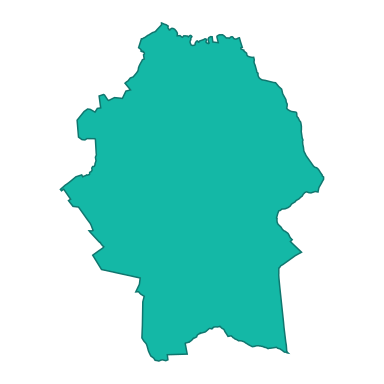 Osorhei, Bihor, Romania
{"feature_id": "2599482B12342041000570", "entity_name": "Osorhei", "entity_type": "district", "adm_level": 2, "iso_a3": "ROU", "parent_name": "Romania", "parent_adm1": "Bihor", "projection": "orthographic", "projection_center": [22.056, 47.025], "detail": "fine", "context": "isolated", "style": "filled", "palette": "teal", "viewbox_px": 384, "rotation_deg": 0, "n_neighbors": 0, "source": "geoboundaries", "source_scale": "gbopen_adm2", "svg_char_len": 5848}
<svg xmlns="http://www.w3.org/2000/svg" viewBox="0 0 384 384"><path d="M288.1,353.0L287.2,352.1L286.7,350.8L286.3,345.2L285.7,341.6L284.0,327.5L283.5,322.0L279.8,287.4L278.9,278.0L278.7,274.7L278.8,273.9L278.8,268.1L279.3,267.9L279.6,267.5L280.7,265.8L282.8,264.6L295.2,255.7L301.5,252.2L290.4,241.6L292.2,239.7L290.7,238.2L289.8,236.9L288.9,234.9L288.2,233.7L287.9,233.3L285.2,231.3L283.8,230.7L283.1,230.0L282.2,229.1L281.1,227.2L278.0,224.2L277.0,221.9L277.1,221.5L276.9,220.0L277.1,218.5L277.0,218.3L276.5,218.0L277.8,213.4L278.8,210.8L280.4,210.4L281.8,209.1L285.2,208.8L288.1,207.6L290.1,206.2L291.6,204.0L295.3,201.7L296.0,200.6L299.1,198.8L300.7,197.2L302.2,196.1L303.2,194.3L304.8,192.6L306.6,191.8L308.9,192.7L311.0,192.9L315.2,191.5L318.0,192.0L318.9,187.6L321.9,182.4L322.1,181.8L323.6,179.3L323.6,177.0L322.2,175.8L322.2,175.0L320.9,173.2L318.8,169.9L318.0,168.9L317.0,168.0L316.5,167.7L314.7,167.2L313.4,166.0L306.0,155.5L305.4,154.1L303.9,151.2L303.4,147.1L302.8,144.4L302.7,143.5L302.7,142.6L302.5,141.9L302.6,141.3L302.9,140.4L302.9,139.8L302.2,138.0L301.3,131.8L301.2,130.9L301.4,130.1L301.4,128.9L301.4,126.3L300.9,123.2L300.6,122.0L300.4,121.6L299.6,120.8L298.1,117.7L297.2,116.8L296.9,116.3L296.7,113.2L296.5,112.7L296.0,112.2L295.1,112.0L291.7,111.5L290.7,111.2L288.1,109.8L287.0,108.7L286.7,108.3L287.1,106.1L287.2,104.6L287.2,104.0L286.9,103.4L286.5,102.7L286.2,101.8L286.0,100.1L285.8,99.4L282.7,93.8L281.9,90.1L281.6,89.1L278.7,86.5L276.0,83.2L275.5,82.7L273.6,82.5L265.3,80.4L262.1,79.9L260.5,79.0L259.2,77.9L258.5,76.7L257.8,74.8L258.1,74.2L258.0,73.3L257.8,72.9L257.0,72.5L256.8,71.9L256.7,71.0L256.2,69.2L255.8,67.8L255.1,65.2L254.5,63.9L253.9,61.9L254.0,61.8L254.2,60.8L254.2,59.2L253.9,58.3L253.7,57.3L252.0,57.4L249.3,56.8L247.5,56.0L246.9,55.0L246.6,53.2L245.2,52.0L244.6,51.7L243.8,50.8L243.9,50.2L241.5,49.3L240.9,48.9L240.9,48.2L241.1,47.5L242.3,47.4L240.5,41.8L239.4,37.8L238.4,38.0L236.7,38.9L235.4,39.1L233.9,38.6L233.0,37.3L232.4,36.8L231.9,36.7L231.0,36.9L230.4,37.2L229.6,38.1L229.3,38.3L228.2,37.9L226.3,38.0L224.2,35.9L222.6,34.8L221.7,34.7L221.2,34.9L219.9,34.7L218.6,35.1L217.0,36.2L216.9,37.0L218.3,42.7L212.9,42.0L212.5,39.6L212.2,36.8L210.7,36.6L208.9,37.6L208.3,38.6L208.1,39.4L208.6,42.0L209.1,42.9L208.9,43.4L208.5,43.6L207.7,43.3L207.2,43.3L206.7,42.7L206.2,42.4L205.9,42.0L205.9,41.7L206.4,40.6L206.4,39.6L206.0,39.0L205.2,38.8L204.7,38.9L203.6,39.6L199.6,41.0L199.3,41.2L198.8,42.2L198.3,42.1L197.9,41.4L197.3,40.9L196.9,41.0L196.4,41.3L195.5,42.6L195.1,43.6L195.2,44.2L195.0,44.8L194.4,45.2L192.6,45.5L191.4,45.1L191.0,44.8L190.4,43.3L190.0,42.2L190.1,41.2L190.8,39.8L190.8,38.9L190.7,38.5L191.0,38.0L191.9,36.7L191.6,36.4L191.6,36.2L191.0,35.6L190.5,35.4L189.8,35.6L188.3,36.9L187.5,36.1L185.0,35.8L184.4,35.9L183.8,35.8L182.5,37.3L181.7,37.0L180.0,35.6L177.2,35.8L177.4,33.4L177.1,32.6L176.4,31.3L174.7,29.3L173.5,28.6L172.1,28.3L171.5,28.4L170.3,29.3L169.8,30.0L169.2,29.9L168.9,29.4L168.8,29.0L168.1,28.2L168.0,27.7L167.9,27.0L168.2,26.1L166.1,24.7L164.1,24.1L163.8,23.9L161.5,23.0L161.5,24.9L156.7,30.0L156.1,30.9L155.6,31.1L155.5,31.4L154.5,32.0L153.1,32.4L152.5,32.6L150.1,34.1L148.7,35.0L147.7,35.4L145.0,37.4L143.6,38.0L142.2,38.9L141.4,38.8L138.6,47.7L140.6,49.2L141.4,50.3L140.9,51.0L141.6,51.5L142.2,51.2L142.7,51.6L142.7,51.8L143.3,52.1L143.5,51.8L144.3,52.9L144.4,53.9L143.5,54.8L144.2,59.0L142.4,59.7L142.0,60.7L140.4,63.5L139.2,65.9L138.5,67.8L138.3,69.5L137.8,71.1L136.4,73.1L133.2,76.9L130.3,78.0L127.9,81.0L126.6,81.8L125.0,83.2L130.5,89.9L125.9,91.1L122.4,98.4L114.5,97.6L108.7,100.5L108.1,100.2L107.2,99.1L104.5,95.0L103.5,94.5L99.1,96.0L100.7,107.9L97.3,108.4L95.0,112.1L90.3,109.4L87.6,109.0L84.1,111.5L77.1,120.2L78.5,137.1L81.9,139.6L84.6,139.9L85.2,139.8L86.9,138.6L87.2,138.6L94.9,138.7L95.4,139.4L96.2,153.2L96.4,155.0L95.4,157.2L96.0,160.8L95.0,163.8L95.1,164.5L94.7,165.2L94.7,165.7L94.4,166.2L94.0,166.5L93.0,166.4L92.6,166.6L92.4,167.2L92.0,167.5L91.8,168.4L91.9,169.0L92.1,169.6L91.9,170.6L90.9,171.8L90.2,172.0L89.8,172.3L89.6,172.6L89.6,173.9L89.6,174.2L89.1,174.7L88.2,174.8L87.2,175.2L86.6,174.9L85.8,175.5L84.3,176.1L83.8,176.2L83.1,176.7L82.7,176.8L81.7,174.9L75.9,176.8L69.0,182.5L66.1,184.6L65.5,184.9L60.4,189.4L61.5,190.8L63.7,189.2L70.6,199.2L68.5,200.6L73.0,206.4L78.2,207.0L78.6,207.2L87.1,219.2L90.3,223.5L91.2,225.4L93.0,230.2L93.0,230.5L91.7,230.9L89.1,230.8L90.0,232.0L98.6,241.3L99.7,242.4L100.4,242.4L100.6,243.2L101.6,244.6L103.1,246.2L103.8,246.8L102.7,248.1L98.9,250.7L92.7,255.2L101.5,269.5L140.2,278.0L139.4,284.3L135.8,291.9L138.5,291.7L140.6,294.0L144.2,296.3L142.8,301.9L142.4,325.1L141.9,337.9L143.8,341.0L146.2,343.7L147.0,345.7L148.4,350.8L149.2,352.7L150.8,356.0L153.7,358.1L155.1,360.3L157.7,360.7L158.3,361.0L159.3,360.9L160.7,360.2L162.5,359.8L165.8,360.7L167.9,359.8L167.3,354.7L187.2,354.1L185.2,343.4L185.4,343.1L189.3,342.1L189.2,341.8L189.4,341.6L190.5,341.2L191.8,340.1L192.9,339.0L193.0,338.6L193.6,338.1L194.3,338.1L196.6,336.9L197.2,335.2L198.5,334.1L199.9,333.6L199.8,333.3L200.8,332.8L201.1,333.1L205.1,332.0L206.0,331.4L208.9,328.8L209.5,328.4L211.3,328.7L211.6,328.9L212.5,328.6L212.6,328.4L212.3,328.3L212.4,328.1L213.8,327.1L216.0,326.8L217.3,327.0L218.4,326.7L219.3,326.7L219.9,326.3L221.7,328.1L223.9,329.4L225.0,331.7L226.8,334.4L228.0,336.4L231.2,335.8L231.8,336.4L232.2,336.6L233.0,337.6L233.7,337.9L235.0,339.0L236.7,339.6L238.6,340.8L239.9,340.7L241.6,340.9L244.3,341.9L245.7,343.0L247.5,344.0L248.1,344.5L252.2,346.6L252.8,346.7L253.1,346.5L254.0,346.5L256.3,345.8L258.5,345.7L259.1,345.8L259.3,346.0L260.2,345.9L261.3,346.3L262.8,346.4L263.3,346.9L263.9,346.9L264.9,347.4L266.4,347.6L267.6,348.5L268.3,348.6L269.4,348.2L270.5,348.2L276.5,347.3L277.6,348.2L280.3,349.0L280.8,349.5L281.7,350.0L284.4,352.1L286.0,352.2L287.0,352.8L288.1,353.0Z" fill="#14b8a6" stroke="#0f766e" stroke-width="1.5"/></svg>